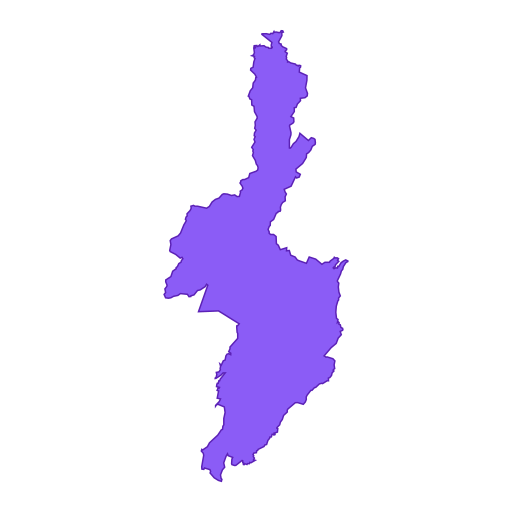 Teziutlán, Puebla, Mexico
{"feature_id": "50627088B50990328034226", "entity_name": "Teziutlán", "entity_type": "district", "adm_level": 2, "iso_a3": "MEX", "parent_name": "Mexico", "parent_adm1": "Puebla", "projection": "mercator", "projection_center": [-97.359, 19.874], "detail": "fine", "context": "isolated", "style": "filled", "palette": "violet", "viewbox_px": 512, "rotation_deg": 0, "n_neighbors": 0, "source": "geoboundaries", "source_scale": "gbopen_adm2", "svg_char_len": 6030}
<svg xmlns="http://www.w3.org/2000/svg" viewBox="0 0 512 512"><path d="M201.9,469.1L203.8,469.4L204.5,468.0L209.9,469.6L210.6,471.3L210.1,473.0L214.2,477.8L218.4,480.4L221.4,481.3L221.9,479.3L221.1,478.4L220.5,474.9L222.4,469.9L224.7,467.2L223.7,462.9L226.0,456.4L227.5,453.8L228.2,455.7L232.7,457.4L231.9,459.2L231.6,463.7L231.9,464.6L234.6,465.5L235.8,465.4L242.0,460.5L242.7,460.7L242.8,462.8L243.6,463.0L243.4,464.5L244.1,464.7L245.0,463.8L247.0,464.5L247.5,463.6L249.3,463.7L249.8,462.4L250.9,462.8L255.2,460.3L253.5,459.8L254.4,458.1L253.3,456.7L253.7,455.6L253.0,454.6L253.8,453.1L256.4,452.7L256.6,450.9L257.7,450.4L258.1,449.4L264.0,446.5L264.8,445.0L266.6,444.5L267.9,440.4L269.7,438.2L269.7,437.2L271.4,436.9L272.1,434.3L273.6,434.4L273.9,435.0L275.0,434.6L275.0,433.8L274.3,433.9L274.0,433.2L277.4,432.1L277.8,428.6L276.9,428.3L276.9,427.6L279.7,424.8L280.4,422.1L282.3,419.5L283.6,415.4L287.3,412.0L287.2,410.3L287.9,409.0L295.3,402.7L297.7,402.6L303.3,404.3L305.3,402.0L306.3,399.5L306.2,397.0L307.1,395.2L310.8,390.4L312.0,390.3L314.5,387.6L315.7,387.4L319.4,383.9L321.8,383.3L322.6,383.6L327.1,380.8L328.5,380.8L328.4,378.1L329.8,377.6L331.5,375.5L332.1,372.9L333.9,371.0L333.2,370.3L333.4,369.6L334.7,368.6L334.1,364.9L334.9,360.9L332.9,358.7L327.0,356.9L326.1,357.2L324.1,355.9L331.1,347.7L336.2,343.4L338.2,338.1L341.3,334.7L340.2,331.4L342.6,330.3L342.9,329.6L342.6,328.3L340.9,327.4L340.3,324.8L338.8,324.0L339.1,322.6L338.4,321.9L337.4,322.6L338.0,319.5L336.5,318.4L335.8,312.3L336.3,306.2L337.8,301.0L338.6,300.0L338.6,298.0L340.3,295.9L338.9,292.1L338.3,287.0L338.8,283.1L337.5,281.6L337.4,280.6L340.5,274.1L341.4,270.9L342.7,269.4L343.4,266.5L346.0,262.5L347.8,261.6L347.9,261.0L345.7,259.9L343.3,261.1L341.1,262.7L338.8,266.4L337.8,266.3L337.5,268.0L335.7,267.8L334.0,268.7L333.2,267.9L333.6,267.3L335.4,266.0L335.4,264.9L338.8,261.3L337.5,260.3L338.5,258.7L337.4,257.9L335.0,257.9L334.3,257.3L333.8,258.4L330.0,261.2L329.5,262.3L324.9,262.3L321.9,264.3L315.7,259.1L309.2,257.0L306.4,263.3L299.2,260.8L297.3,260.0L295.1,257.0L290.7,255.2L289.3,250.5L286.5,250.8L286.7,247.7L280.3,249.7L278.3,245.2L276.4,243.7L276.1,236.5L273.6,234.5L270.6,234.5L269.2,233.3L269.2,231.9L268.1,229.4L269.3,226.3L270.2,225.5L270.4,221.8L273.6,219.5L276.3,213.2L277.8,212.5L278.2,211.5L280.1,211.3L280.6,210.2L280.4,207.1L281.3,204.5L282.6,202.5L285.3,200.8L285.1,196.8L286.4,194.0L285.1,192.0L284.2,189.3L291.1,186.2L295.5,176.8L296.6,178.0L299.2,177.1L300.3,174.3L296.2,171.9L295.9,169.1L302.6,163.5L306.3,157.5L306.6,153.8L308.5,152.7L310.8,150.0L312.3,146.3L315.1,144.4L315.4,142.8L315.0,139.4L313.7,138.4L311.3,137.7L308.4,140.5L299.9,133.3L299.0,136.6L296.0,141.5L293.4,143.7L291.1,147.4L290.1,148.2L289.4,148.0L289.4,139.6L290.9,134.9L291.0,132.7L289.5,126.0L289.7,125.1L292.9,123.2L293.9,121.8L293.7,118.0L290.9,116.6L294.3,111.6L294.3,107.7L296.1,107.4L297.4,104.0L300.5,100.7L300.3,98.3L305.0,97.7L307.2,95.9L307.5,93.4L305.5,87.9L306.9,80.3L307.0,75.6L299.3,72.1L299.6,68.0L300.5,67.2L300.7,65.8L299.7,65.3L298.4,65.9L298.4,65.4L296.4,65.3L295.5,64.1L290.6,62.9L288.9,61.8L287.6,62.0L287.7,60.9L286.3,59.1L286.6,57.4L286.2,56.4L287.3,53.2L285.2,51.8L285.1,51.2L286.7,49.7L286.6,48.6L282.7,46.8L281.1,45.3L281.2,44.1L279.3,43.5L278.6,41.8L281.9,35.6L281.8,32.5L283.3,32.1L282.7,30.8L281.2,30.7L280.1,32.5L279.0,32.6L276.0,32.0L274.4,32.4L274.0,31.5L272.8,33.6L270.9,33.3L269.8,34.4L266.3,33.7L262.0,33.8L261.9,34.4L271.9,42.4L271.2,45.1L271.4,46.8L272.1,46.9L272.2,47.5L271.5,48.3L268.8,48.3L268.4,47.5L265.9,47.1L264.0,45.7L260.1,46.0L259.9,44.8L257.9,46.5L257.2,46.4L256.9,45.5L254.2,45.7L254.0,46.8L255.5,47.3L255.0,48.1L253.8,48.2L254.4,52.8L253.5,54.9L251.9,55.7L254.5,56.4L254.1,57.7L255.0,58.4L253.8,62.0L253.1,67.2L250.8,68.4L250.6,70.1L254.8,74.1L256.5,77.2L255.8,77.5L255.4,80.1L253.2,83.1L252.7,87.8L250.3,90.7L248.3,96.1L248.9,96.3L249.9,99.0L251.6,99.7L251.8,105.0L254.0,106.3L254.5,111.7L257.1,116.5L257.2,118.1L255.0,121.9L255.3,125.5L254.7,128.3L256.1,130.2L254.5,133.0L254.2,135.7L255.2,136.6L254.0,139.3L255.0,142.0L251.7,147.3L253.3,149.7L252.8,151.0L253.4,152.6L252.5,155.6L255.3,160.4L256.3,164.1L257.5,165.6L258.1,167.7L257.7,170.0L256.2,171.2L249.8,173.5L248.7,177.6L244.7,179.5L242.6,179.6L240.7,180.9L240.7,182.0L240.0,183.0L242.3,186.4L242.9,188.3L242.0,190.0L240.2,191.2L240.5,192.4L239.4,196.4L237.1,196.6L234.7,194.9L231.5,195.5L227.4,194.1L223.8,193.8L222.3,194.4L219.0,198.1L215.4,199.4L212.1,202.0L209.4,206.4L206.6,208.2L197.5,206.2L194.9,206.2L193.5,205.4L190.9,206.2L191.2,208.2L190.2,210.4L187.0,213.8L187.2,215.9L186.1,217.0L185.4,219.3L186.2,220.4L186.1,221.1L183.9,224.8L180.5,233.1L178.1,235.9L171.5,238.9L170.2,240.6L170.9,244.5L169.7,250.5L170.2,251.6L175.7,254.4L180.2,258.1L182.0,257.3L182.9,258.8L181.5,260.4L181.0,262.2L178.8,263.6L177.4,266.6L176.1,267.6L176.2,268.7L172.7,271.2L170.9,276.6L165.8,279.9L165.7,281.8L167.1,285.2L166.7,286.6L164.9,288.9L165.6,292.6L164.1,294.4L165.6,297.8L168.4,298.2L170.8,297.8L173.6,296.3L177.9,295.4L180.4,293.6L187.4,294.3L189.0,296.7L190.8,296.5L190.9,295.8L194.0,294.9L197.5,290.5L200.2,289.9L205.1,286.7L206.6,284.2L207.8,285.2L198.5,311.7L218.5,310.9L239.2,323.8L237.6,325.7L236.9,325.7L236.7,326.8L237.1,332.3L237.7,333.4L237.7,338.4L230.0,347.0L230.0,348.8L228.7,351.7L230.8,353.2L230.7,354.7L228.6,353.7L227.0,354.2L225.9,355.9L225.1,360.0L223.3,360.8L221.3,365.1L220.0,364.0L220.6,366.2L220.1,368.6L220.4,369.7L218.9,371.9L216.3,372.4L216.8,374.5L216.1,377.4L215.3,377.9L215.2,378.5L215.9,378.4L220.9,375.2L223.1,372.9L225.2,372.9L220.4,378.9L219.6,380.8L218.9,380.7L218.2,383.3L217.3,383.3L216.9,384.2L216.5,386.6L219.5,387.4L219.0,388.3L218.0,388.1L217.1,390.4L218.6,390.9L217.2,398.2L220.5,398.9L219.3,401.5L215.6,405.4L215.6,406.1L216.5,404.8L218.0,404.3L224.3,406.9L225.1,412.5L223.8,418.5L223.8,424.8L222.9,426.2L222.5,429.4L221.3,429.9L217.8,435.1L209.5,442.8L207.4,446.7L202.6,450.0L201.8,449.4L201.3,451.0L203.3,453.3L203.7,455.3L201.7,466.8L201.9,469.1Z" fill="#8b5cf6" stroke="#5b21b6" stroke-width="1.5"/></svg>